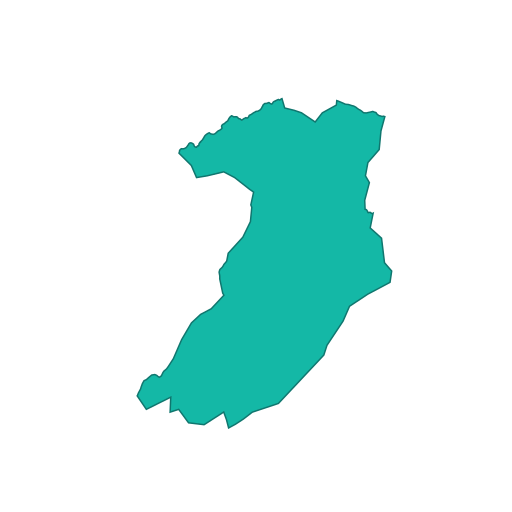 outline of Tu'nel, Hövsgöl, Mongolia, rotated 126°
{"feature_id": "93677404B36184620186836", "entity_name": "Tu'nel", "entity_type": "district", "adm_level": 2, "iso_a3": "MNG", "parent_name": "Mongolia", "parent_adm1": "Hövsgöl", "projection": "natural_earth1", "projection_center": [100.473, 49.769], "detail": "fine", "context": "isolated", "style": "filled", "palette": "teal", "viewbox_px": 512, "rotation_deg": 126, "n_neighbors": 0, "source": "geoboundaries", "source_scale": "gbopen_adm2", "svg_char_len": 5556}
<svg xmlns="http://www.w3.org/2000/svg" viewBox="0 0 512 512"><g transform="rotate(126 256 256)"><path d="M67.5,233.7L68.0,235.1L69.0,236.0L69.7,238.1L70.2,239.3L70.0,241.8L69.5,243.0L69.5,243.6L69.9,244.4L70.1,245.3L70.4,246.5L72.6,248.3L74.2,249.8L75.1,250.5L76.2,252.0L76.9,253.3L76.8,254.4L76.7,255.8L76.7,257.4L77.0,259.0L77.0,260.1L77.0,261.5L76.9,262.5L77.2,264.8L77.4,265.5L78.0,266.9L78.6,268.8L79.3,270.7L80.0,271.7L80.8,273.3L81.0,274.7L81.7,277.8L82.3,280.4L82.8,282.0L86.7,279.7L101.2,286.5L112.8,286.9L113.4,303.4L115.6,310.4L115.6,310.5L119.4,319.8L113.4,327.5L113.7,327.7L114.1,327.9L114.6,328.1L115.2,328.2L115.4,328.3L115.9,328.5L116.2,329.9L117.9,330.9L118.3,331.1L118.8,331.3L119.2,331.6L119.4,331.5L119.7,331.8L120.2,332.1L120.6,332.3L120.9,332.4L121.3,332.5L121.8,332.5L122.1,332.4L122.5,332.4L122.9,332.4L123.3,332.4L123.6,332.5L123.8,332.6L123.9,332.8L124.0,332.9L124.1,333.1L124.1,333.4L124.1,333.7L124.2,333.9L124.3,334.1L124.3,335.0L124.2,335.2L124.2,335.5L124.3,335.8L124.5,335.9L124.9,336.2L125.3,336.5L125.7,336.7L126.0,336.8L126.2,337.0L126.3,337.2L126.6,337.5L127.1,338.1L127.4,338.5L127.6,338.6L127.9,338.7L128.4,338.8L128.9,338.9L129.3,339.0L129.7,339.0L130.0,339.0L130.2,338.9L130.4,338.8L130.6,338.8L130.8,338.7L131.0,338.7L131.3,338.7L131.8,338.7L132.1,338.6L132.5,338.5L132.9,338.5L133.2,338.4L133.6,338.4L134.4,338.4L134.8,338.5L135.2,338.6L135.7,338.6L135.9,338.7L136.2,338.9L136.8,339.1L137.1,339.3L137.4,339.4L137.7,339.6L138.1,340.0L138.4,340.3L138.8,340.8L139.2,341.1L139.7,341.3L140.1,341.4L140.5,341.6L141.0,341.9L141.5,342.1L142.2,342.4L143.1,342.7L143.4,342.8L143.8,342.9L144.1,343.0L144.5,343.2L144.8,343.4L145.2,343.6L145.5,343.8L145.8,343.9L146.2,344.1L146.5,344.1L146.8,344.0L147.2,343.9L147.7,343.8L148.3,343.8L148.9,343.9L149.4,344.1L149.8,344.5L149.9,344.8L149.9,345.2L149.9,345.3L150.0,345.5L150.3,345.7L150.7,345.8L151.0,346.0L151.4,346.2L151.7,346.4L152.0,346.6L152.5,346.7L153.0,346.9L154.0,347.2L154.4,347.5L154.5,347.6L154.5,347.9L154.5,348.4L154.5,348.7L154.5,349.1L154.4,349.3L154.5,349.5L154.6,349.9L154.8,350.4L154.9,350.6L155.0,350.7L155.0,351.2L154.9,351.6L154.7,352.0L154.6,352.8L154.7,353.0L154.8,353.4L154.8,353.6L155.0,353.9L155.2,354.2L155.4,354.4L155.6,354.8L155.9,355.1L156.2,355.4L156.4,355.6L156.6,356.0L156.6,356.3L156.6,356.5L156.6,356.9L156.7,357.3L156.8,357.9L156.9,358.1L157.0,358.3L157.6,358.4L158.0,358.5L158.4,358.6L158.9,358.7L159.4,358.8L159.7,358.7L160.0,358.7L160.5,358.7L160.9,358.7L161.2,358.6L161.6,358.6L162.1,358.5L162.6,358.4L163.2,358.3L163.4,358.3L163.9,358.5L164.4,358.7L164.9,358.8L165.4,359.0L165.7,359.1L166.1,359.2L166.6,359.2L167.0,359.3L167.7,359.5L167.9,359.6L168.0,359.6L168.3,359.9L168.8,360.1L169.1,360.2L169.5,360.3L170.1,360.4L170.7,360.3L171.0,360.2L171.3,360.1L171.5,359.9L171.7,359.7L171.8,359.6L172.0,359.3L172.2,359.0L172.6,358.6L172.8,358.6L173.1,358.6L173.6,358.7L173.9,358.7L174.3,358.9L175.0,359.1L175.5,359.3L176.0,359.5L176.3,359.7L176.7,360.0L177.0,360.1L177.6,360.3L178.2,360.4L178.9,360.6L179.6,360.7L180.3,360.8L180.9,361.0L181.5,361.2L181.9,361.4L182.2,361.7L182.6,362.0L182.8,362.4L183.2,363.0L183.4,363.6L183.6,364.0L183.8,364.4L183.8,364.5L183.8,365.1L183.8,365.8L183.8,366.1L183.8,366.3L184.0,366.4L184.4,366.6L184.9,366.9L185.4,367.1L186.1,367.4L186.7,367.6L187.2,367.7L187.8,367.9L188.6,368.0L189.4,368.0L189.7,368.0L189.9,367.9L190.2,367.9L190.7,367.8L191.0,367.8L191.3,367.7L191.7,367.8L192.4,367.7L193.2,367.6L193.7,367.6L194.3,367.7L195.1,367.9L195.8,367.9L196.3,367.8L196.6,367.8L196.6,368.1L197.6,368.1L198.2,368.1L198.8,368.0L199.2,367.8L199.5,367.6L199.8,367.4L200.0,367.4L200.3,367.3L200.7,367.3L200.8,367.4L201.0,367.8L201.6,368.0L202.1,368.1L202.4,368.1L203.0,368.1L203.3,368.5L203.4,369.0L203.5,369.3L203.5,369.9L203.5,370.2L203.4,370.5L203.2,370.8L203.1,371.0L202.8,371.4L202.5,371.8L202.3,372.1L202.3,372.4L202.2,372.8L202.3,373.0L202.3,373.3L202.3,373.8L202.4,374.3L202.5,374.7L202.7,375.1L202.8,375.3L203.0,375.5L203.3,375.9L203.9,376.1L204.2,376.2L204.8,376.3L205.2,376.2L205.4,376.2L205.9,376.1L206.8,376.2L207.6,376.1L209.3,376.2L210.4,376.7L211.1,377.1L211.8,377.6L212.5,378.5L213.1,379.5L214.3,379.8L215.3,379.9L215.9,379.7L216.6,379.2L217.2,379.1L218.1,378.7L220.8,361.5L227.5,350.2L219.9,342.7L206.9,331.6L205.1,319.4L205.8,300.5L205.7,295.5L217.7,290.2L219.1,288.0L231.5,280.7L248.5,277.7L270.1,280.1L276.7,277.0L277.6,276.7L279.6,276.8L281.3,277.0L282.3,276.9L283.7,276.7L285.2,276.7L287.6,277.2L288.5,277.2L290.7,276.4L292.2,274.9L292.8,274.2L293.7,273.4L295.7,271.9L295.8,271.9L305.6,261.1L306.6,258.9L325.0,261.2L335.8,266.5L348.1,268.9L367.4,267.0L387.6,262.5L396.8,262.0L400.0,262.0L402.0,262.5L403.0,262.8L404.8,262.8L408.6,262.1L410.9,262.9L411.1,264.4L410.9,266.2L411.4,268.2L412.2,269.0L413.6,270.4L417.5,271.4L420.4,272.0L422.7,273.3L426.0,272.9L429.2,272.0L431.5,271.2L436.0,270.6L438.2,270.0L439.0,269.9L444.5,254.6L420.3,242.0L432.8,233.7L425.5,228.4L430.6,212.5L423.0,198.9L422.9,198.8L401.2,190.4L405.9,183.5L406.0,183.4L411.2,177.1L404.3,173.8L395.4,170.4L384.5,167.2L362.1,151.2L296.3,142.9L286.5,146.1L257.5,147.3L241.7,150.8L221.3,143.2L198.5,132.1L188.4,137.4L185.9,148.1L167.8,164.9L166.2,180.1L152.5,186.4L153.1,186.7L153.4,187.1L153.7,187.7L153.7,188.1L153.6,188.3L153.4,188.6L153.5,189.0L153.7,189.5L154.1,189.9L154.5,190.3L154.8,190.5L155.0,190.8L154.9,191.2L154.3,192.1L154.0,192.8L153.7,193.6L153.7,194.3L154.1,195.2L147.0,200.8L130.0,207.4L126.8,214.6L114.6,220.4L97.5,218.9L81.4,228.4L67.5,233.7L67.5,233.7Z" fill="#14b8a6" stroke="#0f766e" stroke-width="1.5"/></g></svg>